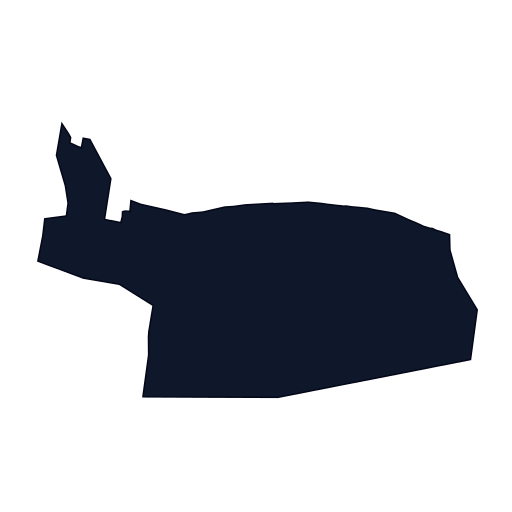 outline of Trinidad Zaachila, Oaxaca, Mexico, rotated 177°
{"feature_id": "50627088B25274478654542", "entity_name": "Trinidad Zaachila", "entity_type": "district", "adm_level": 2, "iso_a3": "MEX", "parent_name": "Mexico", "parent_adm1": "Oaxaca", "projection": "robinson", "projection_center": [-96.784, 16.924], "detail": "fine", "context": "isolated", "style": "filled", "palette": "ink", "viewbox_px": 512, "rotation_deg": 177, "n_neighbors": 0, "source": "geoboundaries", "source_scale": "gbopen_adm2", "svg_char_len": 1676}
<svg xmlns="http://www.w3.org/2000/svg" viewBox="0 0 512 512"><g transform="rotate(177 256 256)"><path d="M450.0,367.0L442.7,336.1L440.9,318.6L443.3,305.9L465.0,304.2L467.9,287.2L474.1,262.3L463.6,257.7L457.7,255.2L440.5,247.7L433.3,244.6L429.5,242.9L393.9,234.9L361.3,212.0L365.0,195.2L365.4,193.2L365.7,191.7L366.1,190.1L366.5,188.3L367.1,185.6L367.2,184.1L367.6,181.3L368.4,162.7L376.2,121.9L376.2,121.3L319.8,118.1L241.6,113.7L179.4,122.6L119.9,131.0L86.6,135.8L47.2,141.4L37.9,190.7L55.8,224.1L62.0,251.8L61.6,267.2L66.4,269.1L66.8,269.3L70.0,270.6L74.9,272.3L77.7,273.9L78.1,274.1L79.0,274.4L80.2,274.4L81.1,274.7L87.3,276.9L90.7,278.8L95.6,281.3L96.8,281.8L103.3,285.0L105.9,286.4L115.3,291.4L135.0,295.8L141.8,297.7L141.9,297.8L142.0,297.8L145.5,298.3L151.3,299.2L158.0,300.1L163.3,301.2L166.0,301.2L169.8,301.9L171.6,302.1L176.2,302.9L182.2,303.9L182.7,304.0L186.1,304.7L188.4,305.1L190.0,305.4L191.0,305.5L201.0,307.0L217.3,307.0L235.5,307.3L236.7,307.7L237.8,307.7L263.9,307.6L276.1,306.6L277.9,306.6L284.8,306.5L297.4,304.3L306.3,302.7L310.4,302.5L317.5,302.3L321.7,301.5L324.3,301.1L325.6,301.0L344.0,306.8L368.3,313.6L378.0,317.9L379.6,307.0L381.4,307.5L383.0,307.6L384.6,307.7L386.0,307.5L387.0,307.1L387.5,302.1L389.3,296.4L398.9,298.9L399.5,298.9L405.4,300.5L396.9,340.8L415.8,381.1L416.2,381.2L422.4,382.7L424.7,373.2L425.9,373.8L426.3,373.9L426.8,374.1L427.4,374.3L427.8,374.5L428.3,374.7L429.2,375.2L429.8,375.5L430.2,375.8L430.8,376.0L431.2,376.3L431.8,376.6L432.3,376.8L432.8,377.1L433.2,377.4L434.2,377.8L434.8,378.1L435.4,378.5L436.0,378.8L434.9,384.0L436.8,387.9L442.9,398.3L450.0,367.0Z" fill="#0f172a" stroke="#020617" stroke-width="1.5"/></g></svg>